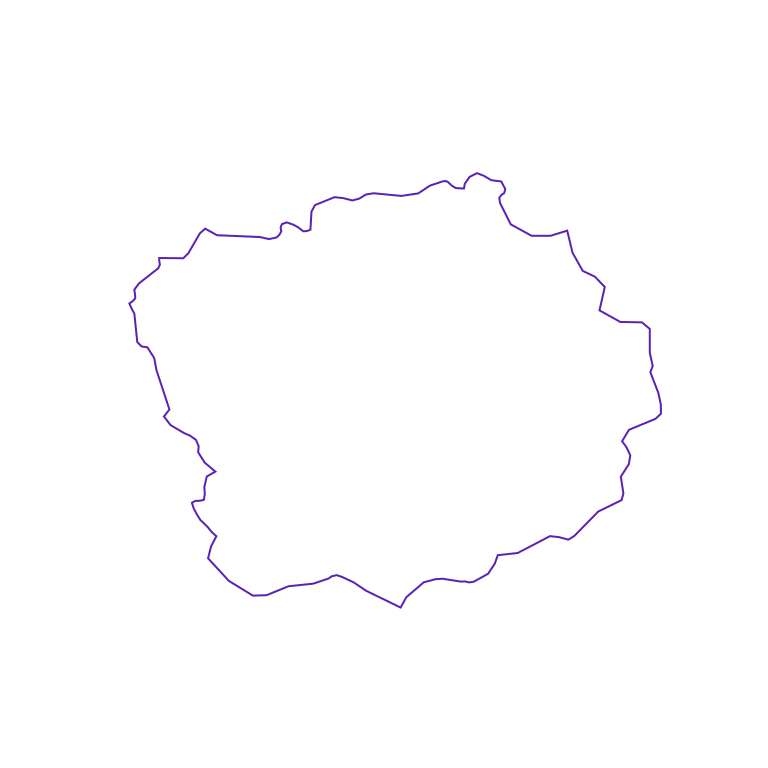 the Voivodeship of Kuyavian-Pomeranian, rotated 143°
{"feature_id": "POL-3145", "entity_name": "Kuyavian-Pomeranian", "entity_type": "Voivodeship", "adm_level": 1, "iso_a3": "POL", "parent_name": "Poland", "parent_adm1": "", "projection": "mercator", "projection_center": [18.543, 52.987], "detail": "fine", "context": "isolated", "style": "outline", "palette": "violet", "viewbox_px": 768, "rotation_deg": 143, "n_neighbors": 0, "source": "natural_earth", "source_scale": "10m", "svg_char_len": 1918}
<svg xmlns="http://www.w3.org/2000/svg" viewBox="0 0 768 768"><g transform="rotate(143 384 384)"><path d="M629.4,350.7L619.8,358.4L609.5,363.3L610.7,369.6L610.9,376.1L612.5,385.9L611.9,392.5L610.9,399.0L608.9,404.7L605.1,404.2L601.4,401.6L597.6,399.9L593.3,404.0L589.6,409.7L581.2,416.8L571.4,415.5L574.5,429.1L573.5,441.3L569.5,445.8L567.8,452.5L570.0,459.4L573.4,465.6L579.2,479.6L579.3,490.5L570.7,492.8L557.3,532.2L551.9,543.0L550.9,555.7L555.0,559.9L555.8,566.0L541.0,590.5L540.2,596.0L538.9,601.6L534.9,601.4L531.1,602.1L528.6,605.8L526.8,609.5L519.2,611.8L494.5,612.3L491.0,614.3L489.6,617.3L487.7,619.9L468.6,605.2L461.5,606.2L440.5,615.1L433.3,615.7L427.8,603.3L394.7,576.1L388.7,569.0L381.7,565.7L377.9,566.1L374.2,567.7L372.3,571.3L369.3,573.1L364.4,571.6L360.6,565.9L358.2,560.6L356.6,554.6L353.7,552.6L349.9,551.5L338.2,565.3L331.4,568.4L311.1,563.0L304.6,556.9L298.8,549.6L292.0,546.9L284.6,546.3L277.5,542.6L257.0,523.8L241.9,515.6L228.0,514.8L215.2,510.5L212.9,509.2L211.4,507.2L210.5,501.7L208.8,497.3L202.5,492.0L199.0,495.3L191.0,497.9L182.8,496.4L178.8,489.9L175.7,482.2L168.5,475.2L169.8,466.7L173.2,464.1L176.8,464.3L180.0,463.2L182.4,458.6L186.7,435.2L176.9,413.5L161.7,402.1L145.4,396.2L154.4,375.5L157.2,354.7L151.0,342.8L149.3,328.6L167.6,313.1L157.9,291.3L140.9,278.0L138.6,268.0L153.0,248.9L158.6,236.6L164.2,233.1L170.2,212.0L175.1,201.3L180.7,193.6L188.1,192.8L215.9,200.0L228.3,195.0L228.4,187.9L229.3,183.0L230.4,178.6L236.8,172.6L250.6,167.5L258.7,152.5L264.1,148.3L289.6,153.2L323.5,148.1L330.5,148.8L336.4,156.4L343.0,162.6L379.0,168.6L396.1,178.8L403.6,173.9L415.1,169.8L431.4,172.1L435.4,174.3L438.1,177.6L441.3,179.7L454.5,193.3L460.7,197.3L471.6,201.7L494.4,200.3L505.3,195.5L522.6,229.4L527.6,243.8L533.7,255.3L536.8,259.8L541.5,261.9L545.3,262.0L560.6,267.1L582.1,280.0L604.9,286.0L616.1,293.9L626.4,320.1L629.4,350.7Z" fill="none" stroke="#5b21b6" stroke-width="2"/></g></svg>